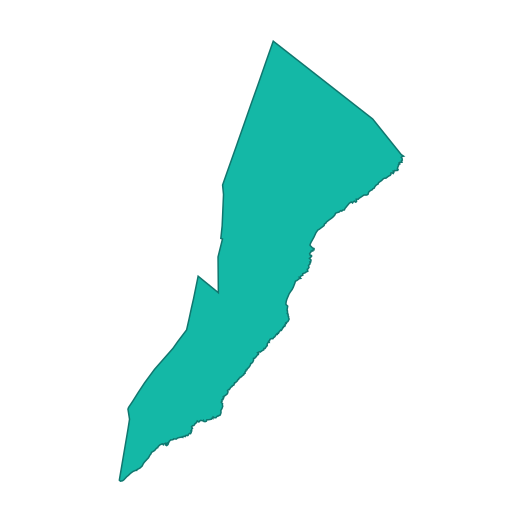 Alataua West, Vaisigano, Samoa (Albers equal-area conic projection), rotated 265°
{"feature_id": "51752279B81140789845654", "entity_name": "Alataua West", "entity_type": "district", "adm_level": 2, "iso_a3": "WSM", "parent_name": "Samoa", "parent_adm1": "Vaisigano", "projection": "albers", "projection_center": [-172.76, -13.559], "detail": "fine", "context": "isolated", "style": "filled", "palette": "teal", "viewbox_px": 512, "rotation_deg": 265, "n_neighbors": 0, "source": "geoboundaries", "source_scale": "gbopen_adm2", "svg_char_len": 4354}
<svg xmlns="http://www.w3.org/2000/svg" viewBox="0 0 512 512"><g transform="rotate(265 256 256)"><path d="M407.9,264.4L398.6,260.2L387.3,255.1L372.1,248.2L368.7,246.7L342.2,234.6L329.6,228.9L320.1,229.0L288.9,224.9L276.6,222.5L275.9,224.1L258.4,218.1L222.7,215.3L240.9,196.6L219.0,190.1L209.4,187.0L199.6,184.0L188.4,180.4L177.6,170.6L171.3,165.3L152.0,145.1L139.4,134.0L130.2,126.7L122.0,120.5L116.3,115.9L114.6,115.1L104.4,115.8L94.7,113.4L44.6,100.3L43.5,101.3L43.7,103.4L44.5,104.8L47.4,108.0L48.6,109.8L50.4,112.0L52.0,114.6L52.9,117.2L52.8,118.5L53.5,118.7L54.9,122.0L56.7,124.3L58.9,125.6L60.3,126.8L63.4,130.2L64.3,131.3L66.8,132.9L68.0,134.1L69.4,134.7L71.1,138.1L73.2,140.1L73.6,141.4L74.7,141.9L76.2,143.8L77.1,146.3L76.0,147.2L76.8,147.8L77.4,149.8L77.0,150.5L75.7,149.4L74.9,150.5L75.7,151.7L76.7,152.4L77.6,151.9L78.0,153.0L78.7,153.2L80.3,155.1L80.1,156.0L80.4,157.6L81.0,157.9L80.6,160.7L81.5,161.9L82.0,164.8L81.9,165.7L82.3,166.5L81.7,167.3L82.6,167.7L82.7,168.8L82.3,169.7L83.2,170.1L83.5,170.9L83.0,171.6L83.2,172.7L84.0,172.9L85.1,174.4L84.7,175.3L85.9,176.1L87.5,176.0L87.4,176.7L89.3,176.9L89.9,177.7L91.4,176.9L92.5,178.0L92.5,179.2L93.4,180.2L94.2,180.5L95.1,182.1L96.8,183.1L95.7,184.3L95.9,185.2L96.7,185.7L97.1,186.7L96.4,188.7L96.9,189.3L95.7,189.7L95.4,190.9L95.8,192.2L97.1,192.7L97.0,194.7L97.3,197.3L98.3,198.1L97.8,198.9L99.4,199.3L98.5,200.5L98.4,202.0L99.5,202.9L99.8,204.3L100.2,204.4L100.4,206.2L101.9,207.1L103.6,207.6L104.9,207.4L107.0,208.8L109.3,209.8L110.5,209.5L112.0,209.8L113.1,208.7L114.1,209.0L114.2,209.5L115.8,209.6L115.9,210.6L116.7,210.5L117.0,211.2L118.5,211.1L118.4,211.9L119.3,212.1L119.8,213.6L120.8,214.6L121.1,215.4L123.2,216.3L124.2,215.8L125.4,217.1L125.2,217.8L127.3,219.3L128.1,220.8L128.8,221.0L129.3,222.7L131.6,223.6L131.5,224.3L133.4,226.7L134.3,227.0L134.7,228.0L135.4,228.1L136.1,229.4L136.6,229.5L136.9,230.9L137.8,231.8L138.9,233.6L139.8,233.8L140.1,234.9L141.4,234.9L142.3,236.0L143.3,236.1L143.4,237.1L144.6,237.6L145.2,238.7L146.6,240.0L148.5,241.2L149.3,241.3L149.6,242.4L150.7,243.6L152.5,244.5L154.2,244.6L154.2,245.8L155.3,246.7L155.4,247.2L157.5,248.9L157.6,249.7L158.5,250.1L159.5,249.1L160.3,251.1L159.9,251.8L161.1,253.8L161.9,255.6L163.2,255.9L163.1,257.0L165.4,258.8L165.6,259.4L167.5,259.5L168.9,260.6L168.8,261.6L170.0,261.2L170.4,262.2L171.7,262.5L172.4,264.3L172.2,264.7L172.1,265.6L173.5,266.7L173.6,267.4L176.4,269.7L176.1,270.4L176.9,270.6L177.0,271.6L177.8,271.6L178.2,272.4L180.1,274.1L179.7,274.8L180.6,275.5L182.4,276.5L182.3,277.0L183.5,277.5L183.4,278.5L184.2,279.0L185.3,278.9L186.1,280.3L186.8,279.9L187.7,281.7L188.4,282.4L190.3,283.5L191.5,283.1L192.9,283.2L193.3,282.8L195.4,282.9L195.9,282.1L196.8,282.5L199.0,282.5L199.3,282.2L203.3,283.2L205.0,281.7L205.6,281.6L208.0,282.1L210.3,283.0L215.4,285.7L217.1,287.0L219.4,289.0L221.6,290.4L225.5,292.3L227.5,293.1L227.9,294.4L229.7,297.2L229.8,298.5L231.1,297.3L231.2,298.4L232.4,299.3L232.7,300.9L234.3,301.0L235.1,303.8L235.5,304.1L236.3,306.3L238.3,305.9L238.7,306.7L240.0,307.8L242.0,307.5L243.2,309.0L244.0,309.0L244.5,309.6L245.4,309.2L245.5,310.0L247.2,310.5L249.0,309.0L250.0,310.4L251.0,311.4L251.7,311.3L251.9,310.1L253.7,309.6L255.2,311.1L256.2,311.5L256.0,312.9L256.8,312.9L257.0,314.3L258.4,314.5L259.1,313.0L261.8,310.8L262.5,310.8L264.5,311.8L269.8,315.4L274.0,317.8L276.5,319.9L277.1,321.3L280.4,326.5L281.9,326.9L282.6,328.4L283.7,329.1L285.5,331.9L287.2,334.8L288.5,336.6L290.1,338.2L291.4,338.8L291.9,339.6L292.6,342.8L293.8,344.2L293.2,345.4L294.1,346.1L294.2,348.1L295.5,348.7L300.4,353.5L301.5,355.6L300.4,356.8L301.6,357.7L302.1,358.8L301.0,359.7L301.2,360.6L301.8,361.0L303.8,360.8L303.7,362.9L304.4,363.5L305.7,366.0L307.3,368.8L307.1,371.7L307.7,373.0L309.8,373.8L311.2,375.7L311.9,377.6L312.7,378.1L313.4,379.8L314.7,380.4L316.3,382.1L317.1,384.0L318.4,384.5L320.3,387.8L321.7,389.4L322.3,390.6L322.2,392.2L324.1,395.2L324.6,396.7L325.7,397.6L326.8,397.5L327.1,398.8L326.2,399.8L327.2,400.6L328.6,400.1L328.6,401.4L329.1,401.7L328.8,402.9L329.1,403.5L328.9,404.6L329.7,405.1L330.6,404.5L332.7,405.2L333.6,405.9L334.7,405.9L335.2,407.3L336.2,406.6L336.8,407.5L336.7,409.6L338.3,409.3L338.7,410.1L340.7,410.0L341.6,409.3L342.4,410.2L342.6,411.7L344.4,409.5L382.3,384.2L468.5,291.9L451.8,284.3L428.4,273.8L407.9,264.4Z" fill="#14b8a6" stroke="#0f766e" stroke-width="1.5"/></g></svg>